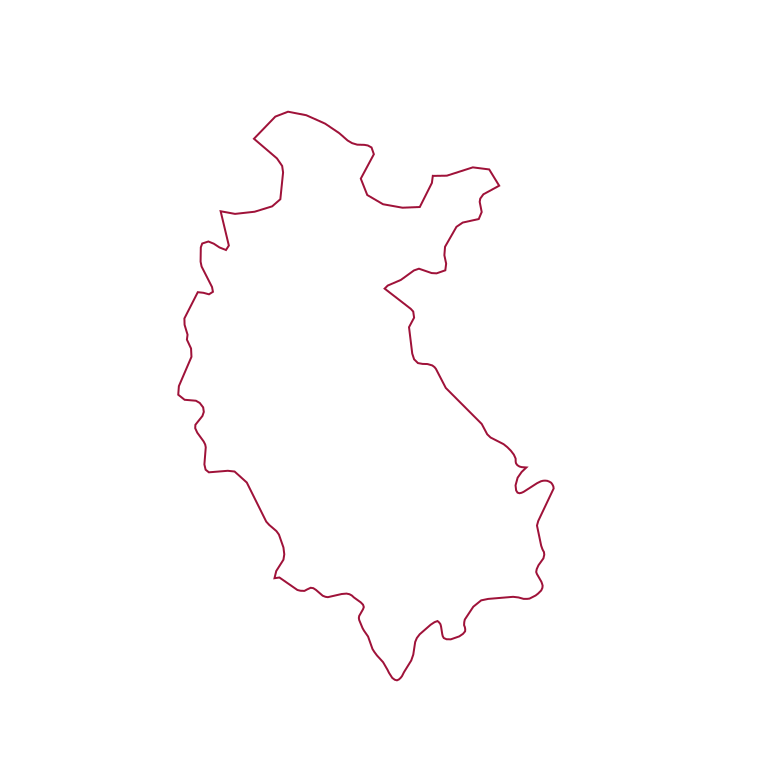 the Province of Firenze, rotated 125°
{"feature_id": "ITA-5386", "entity_name": "Firenze", "entity_type": "Province", "adm_level": 1, "iso_a3": "ITA", "parent_name": "Italy", "parent_adm1": "", "projection": "mercator", "projection_center": [11.33, 43.844], "detail": "fine", "context": "isolated", "style": "outline", "palette": "rose", "viewbox_px": 768, "rotation_deg": 125, "n_neighbors": 0, "source": "natural_earth", "source_scale": "10m", "svg_char_len": 3022}
<svg xmlns="http://www.w3.org/2000/svg" viewBox="0 0 768 768"><g transform="rotate(125 384 384)"><path d="M185.5,463.4L185.4,463.2L177.3,452.0L155.6,435.5L147.9,420.9L155.5,403.4L171.6,411.4L176.9,411.5L179.9,410.1L187.1,402.6L194.5,401.0L206.6,412.1L213.6,414.8L236.6,412.7L243.9,408.4L249.8,402.1L255.7,399.0L263.2,404.4L265.8,408.6L269.5,421.5L273.8,424.6L289.1,429.9L301.2,437.4L305.5,438.2L307.1,405.1L307.9,401.6L312.4,397.4L323.1,396.1L342.9,378.3L346.5,373.5L347.4,368.2L345.4,363.9L342.7,359.8L341.1,355.1L341.2,352.3L341.8,350.2L351.8,331.1L360.7,281.0L366.0,270.6L366.7,266.0L364.7,251.6L365.0,246.8L365.9,241.8L367.4,237.1L369.6,233.4L372.2,231.5L373.3,230.3L374.0,228.2L373.9,225.7L373.1,223.5L370.7,219.5L377.1,220.8L384.1,220.8L391.6,218.1L395.4,214.7L396.4,212.3L395.8,210.4L394.3,209.0L392.3,207.8L377.4,201.7L373.6,199.6L372.0,198.2L370.8,196.7L369.7,194.8L369.2,192.7L369.0,190.4L369.7,188.4L370.8,186.5L372.3,185.1L407.7,179.1L412.2,177.5L426.3,162.5L428.5,159.4L429.2,158.1L429.9,156.6L431.9,154.8L435.4,153.4L443.9,153.5L448.1,152.7L450.7,151.5L451.9,149.8L455.7,141.7L456.9,140.0L458.2,138.4L460.2,137.3L463.0,136.8L467.4,137.6L470.3,138.5L476.3,141.7L478.0,143.6L479.9,146.3L481.7,151.4L484.3,156.2L500.3,175.4L505.5,180.3L515.2,183.1L519.3,183.0L530.6,182.7L533.0,181.7L535.6,180.1L536.8,178.3L538.3,176.8L540.1,175.7L543.4,176.0L547.6,177.6L554.8,182.8L557.2,186.3L557.8,189.3L556.9,191.2L555.5,192.8L549.9,198.2L548.4,200.0L547.7,202.1L547.5,204.2L550.1,206.0L554.4,207.7L568.5,211.2L573.2,211.4L577.4,210.5L588.9,204.8L594.9,203.1L607.6,202.4L608.9,202.3L612.9,201.7L615.0,201.8L617.4,202.3L619.3,203.4L620.1,205.6L620.0,208.7L617.7,214.3L616.1,217.2L612.4,225.2L610.4,234.1L609.0,238.3L607.7,241.4L600.0,252.2L597.5,259.0L596.3,261.5L591.6,268.9L590.1,270.4L588.2,271.3L580.5,272.0L578.3,272.6L576.8,274.6L576.2,277.8L576.1,286.2L575.7,289.0L576.0,291.7L577.2,294.5L580.3,298.2L590.8,307.7L591.9,309.9L592.6,312.8L591.7,321.6L591.8,324.8L593.0,327.2L596.5,329.2L599.1,330.5L601.3,333.9L602.4,336.8L602.5,358.7L605.9,362.3L599.0,365.0L585.6,365.6L580.7,368.0L575.6,372.6L567.6,383.7L566.2,387.8L565.3,397.1L564.3,401.5L543.4,439.9L541.4,456.2L544.7,462.2L556.8,476.8L556.5,481.0L552.9,485.0L538.1,493.7L536.1,495.8L534.5,498.8L531.0,509.0L528.5,513.3L525.6,515.1L514.3,514.4L510.2,515.6L506.9,518.7L505.2,524.1L505.6,528.5L511.3,538.3L510.8,546.4L503.4,550.8L472.2,557.3L465.6,562.4L460.7,570.9L456.3,573.2L449.9,581.3L444.8,585.1L415.6,589.2L412.9,584.3L410.9,578.8L406.6,577.0L403.2,580.5L392.4,600.8L389.0,604.4L377.2,612.4L373.2,613.5L368.0,609.6L366.7,603.9L366.5,597.1L364.9,590.3L359.6,590.5L336.2,616.9L330.1,603.6L317.1,588.8L302.6,577.5L292.1,574.9L268.6,588.0L263.8,592.5L260.6,601.1L257.7,631.2L227.3,626.4L216.0,618.8L208.4,601.8L204.5,581.6L204.2,564.5L205.4,553.5L205.0,548.3L203.3,543.2L199.4,537.3L197.9,534.1L197.4,529.9L201.6,524.1L229.1,520.8L238.8,506.1L237.3,487.9L229.0,470.0L218.5,456.2L191.8,460.1L185.5,463.4Z" fill="none" stroke="#9f1239" stroke-width="2"/></g></svg>